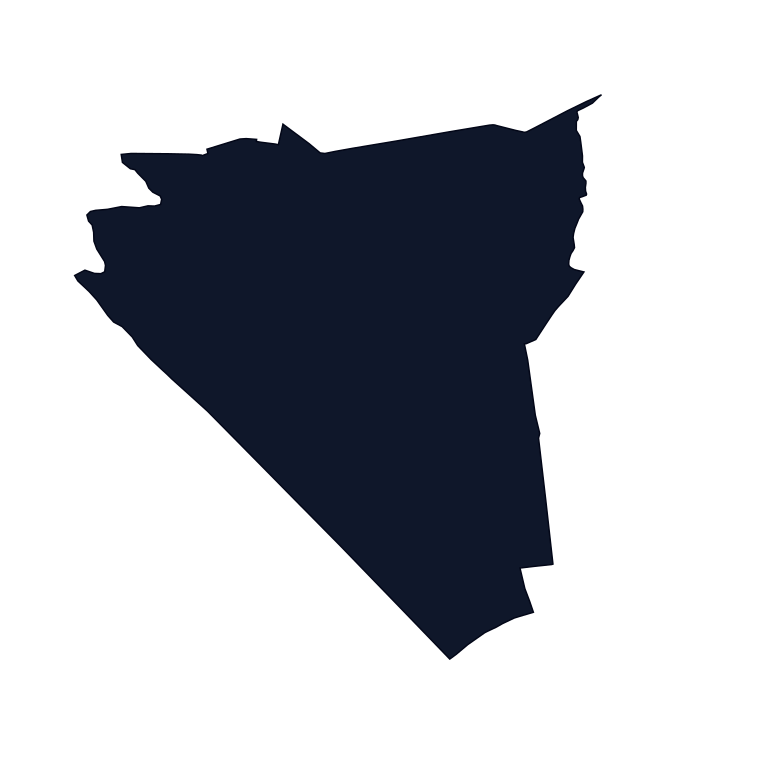 the district of Quan 6, Hồ Chí Minh city, Vietnam, rotated 77°
{"feature_id": "81297802B35379290873600", "entity_name": "Quan 6", "entity_type": "district", "adm_level": 2, "iso_a3": "VNM", "parent_name": "Vietnam", "parent_adm1": "Hồ Chí Minh city", "projection": "albers", "projection_center": [106.632, 10.746], "detail": "fine", "context": "isolated", "style": "filled", "palette": "ink", "viewbox_px": 768, "rotation_deg": 77, "n_neighbors": 0, "source": "geoboundaries", "source_scale": "gbopen_adm2", "svg_char_len": 2282}
<svg xmlns="http://www.w3.org/2000/svg" viewBox="0 0 768 768"><g transform="rotate(77 384 384)"><path d="M101.2,588.4L109.3,589.0L117.2,582.7L119.1,578.5L123.4,576.4L132.9,570.5L140.3,569.1L145.1,566.1L150.4,559.8L154.0,559.1L158.8,561.3L159.0,567.6L157.3,573.9L157.3,582.7L152.1,599.7L151.6,614.1L149.9,626.0L149.9,631.3L152.5,635.5L158.8,635.2L163.5,632.6L170.9,632.8L179.6,634.5L187.9,633.5L201.8,628.7L205.8,628.7L211.8,630.9L212.8,635.0L211.1,641.3L205.8,649.8L208.7,661.0L214.7,659.1L227.4,650.6L237.4,645.0L255.1,637.7L262.8,633.5L269.2,626.2L281.6,618.7L291.2,615.3L307.9,605.3L321.1,596.4L325.3,593.5L331.8,589.3L345.9,579.4L370.7,562.1L448.0,514.5L451.6,512.3L484.2,492.3L485.9,491.2L532.7,462.4L575.1,436.9L601.3,421.1L666.8,381.8L663.6,374.4L656.8,361.1L649.0,341.9L648.3,339.1L647.6,335.9L646.1,329.1L644.1,322.4L641.3,309.7L640.6,299.8L640.6,298.8L640.0,289.8L628.3,291.0L615.0,292.8L593.9,292.9L595.5,278.4L597.6,261.3L597.5,259.9L581.0,258.0L533.4,252.5L471.5,245.6L467.6,243.6L467.2,243.4L448.5,243.6L393.0,238.6L376.5,238.2L376.7,236.3L374.8,226.1L362.1,212.9L354.7,205.1L350.9,200.9L347.9,196.8L346.4,194.6L341.4,187.1L340.0,185.0L329.7,174.7L319.8,164.0L317.1,169.3L315.3,172.8L312.8,175.6L310.9,177.0L308.8,177.1L305.1,176.0L301.9,174.3L298.9,172.4L296.6,169.9L294.0,167.7L290.8,167.3L283.7,166.8L280.0,165.4L275.3,163.0L270.2,159.4L267.1,157.3L260.9,151.6L258.4,150.9L255.2,150.5L251.5,151.4L247.5,152.2L246.3,151.4L246.1,148.8L245.5,144.5L244.5,143.9L241.4,144.2L237.8,143.6L233.9,142.1L231.6,141.6L227.6,143.6L225.5,143.7L223.1,143.1L219.2,140.7L218.0,140.1L212.6,140.8L206.4,139.3L192.8,137.9L186.9,137.4L180.2,139.6L171.4,137.5L170.1,135.8L168.1,134.8L164.4,134.8L162.1,134.9L161.2,133.6L159.9,127.6L158.0,120.6L157.2,117.7L152.7,110.2L151.1,107.0L154.3,123.2L159.1,144.0L168.3,179.6L169.6,184.8L170.5,188.5L170.3,190.8L169.4,192.5L166.6,198.5L157.6,216.0L156.6,217.7L156.0,219.5L155.5,222.9L155.0,230.8L153.0,263.1L150.1,316.0L147.3,361.2L146.4,379.1L146.1,389.7L144.5,394.2L133.0,402.9L108.1,424.0L127.1,433.1L125.7,436.1L120.7,449.7L119.0,453.8L117.0,453.1L113.9,463.1L112.9,469.3L115.4,503.7L119.8,503.7L120.6,509.7L119.9,510.4L118.4,514.7L116.2,522.3L111.2,542.2L102.5,578.5L101.2,588.4Z" fill="#0f172a" stroke="#020617" stroke-width="1.5"/></g></svg>